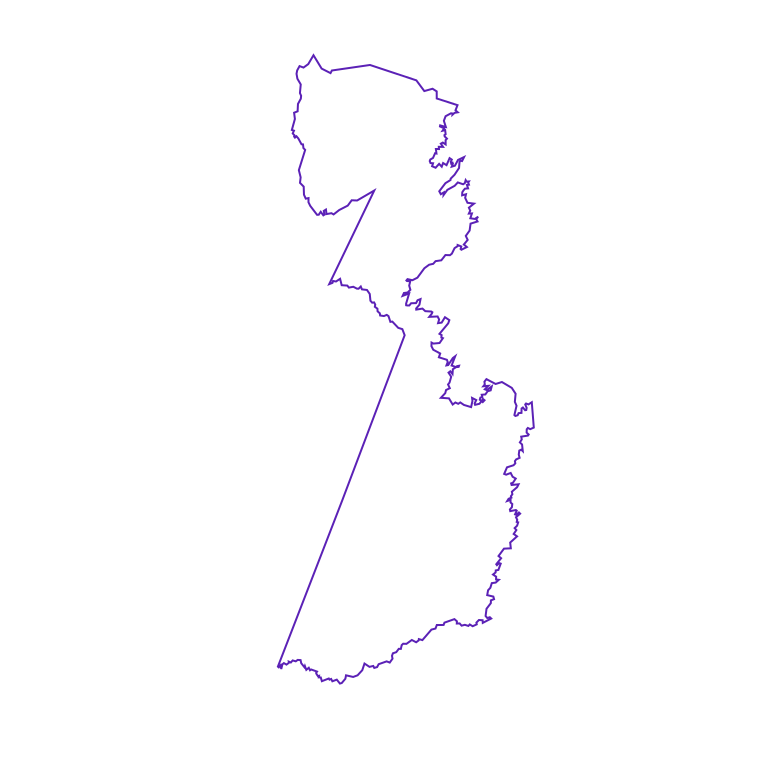 Santo Antônio do Leverger, Mato Grosso, Brazil, rotated 16°
{"feature_id": "56859067B54775252646208", "entity_name": "Santo Antônio do Leverger", "entity_type": "district", "adm_level": 2, "iso_a3": "BRA", "parent_name": "Brazil", "parent_adm1": "Mato Grosso", "projection": "equal_earth", "projection_center": [-55.385, -16.535], "detail": "fine", "context": "isolated", "style": "outline", "palette": "violet", "viewbox_px": 768, "rotation_deg": 16, "n_neighbors": 0, "source": "geoboundaries", "source_scale": "gbopen_adm2", "svg_char_len": 6155}
<svg xmlns="http://www.w3.org/2000/svg" viewBox="0 0 768 768"><g transform="rotate(16 384 384)"><path d="M361.0,685.4L362.1,682.9L363.8,686.3L363.6,681.5L364.7,679.9L367.6,680.6L369.5,678.1L369.0,677.1L371.2,677.4L372.4,674.9L375.6,674.9L377.1,673.0L379.9,672.4L381.4,675.2L385.6,678.2L385.7,676.9L388.1,680.2L389.9,677.5L391.8,679.6L392.7,678.5L398.9,678.9L398.4,680.5L399.1,681.4L401.0,683.0L402.0,682.4L402.2,684.0L404.1,683.5L406.2,686.8L412.1,682.3L413.1,683.2L414.5,682.1L416.3,684.0L420.1,681.2L424.2,684.1L425.8,683.1L428.1,678.0L427.8,674.5L435.1,674.1L438.9,671.3L442.0,665.1L442.3,658.1L448.0,659.9L451.4,658.0L452.9,659.6L455.4,658.0L456.1,654.8L463.0,649.9L466.3,650.2L467.9,645.7L466.6,643.1L466.8,640.4L469.7,638.4L471.2,634.5L473.2,634.0L473.0,630.1L474.0,628.4L477.2,627.6L481.3,622.4L486.1,623.4L488.0,620.9L487.8,619.6L491.5,619.6L497.3,607.0L500.9,604.9L501.2,601.1L507.7,599.2L507.9,596.7L516.5,590.6L519.5,592.0L520.0,594.2L522.7,593.3L525.2,594.9L528.1,593.2L531.8,593.3L532.7,591.5L536.0,592.4L539.4,589.5L538.6,587.9L540.3,584.7L543.9,583.9L544.8,586.4L551.7,579.9L550.0,579.0L547.8,580.5L545.6,579.0L544.5,571.8L547.1,565.2L546.4,562.5L549.1,560.5L547.7,558.2L541.4,558.5L540.9,553.6L542.4,550.6L542.5,545.7L546.1,544.1L548.3,540.6L545.6,541.0L544.9,538.3L541.3,537.1L543.2,534.4L542.8,532.4L545.2,531.2L545.7,524.5L544.1,524.4L542.5,527.0L541.6,526.3L544.6,519.2L541.5,517.8L544.7,509.2L551.2,507.0L549.0,501.6L553.9,493.8L550.0,492.4L551.5,487.9L549.3,486.5L551.0,483.5L551.1,480.0L549.6,480.0L549.5,477.8L547.6,475.7L550.6,471.1L549.1,470.3L547.1,473.3L545.9,473.2L546.5,469.2L545.5,468.8L540.4,471.4L539.6,469.9L540.9,467.2L540.4,464.0L538.3,463.0L537.6,460.5L534.7,462.5L535.4,460.0L537.8,458.1L536.9,456.9L537.8,454.6L536.6,452.3L540.4,446.5L541.0,443.3L534.5,445.9L533.6,444.5L535.2,443.3L536.7,438.6L533.2,437.7L530.3,434.6L526.4,437.5L524.3,437.3L525.2,430.2L530.9,426.4L532.1,424.1L531.1,422.1L531.8,420.1L534.7,417.6L533.0,414.7L532.4,410.7L534.0,409.3L535.9,410.3L533.4,404.1L530.7,402.7L531.7,399.3L530.4,396.8L536.6,393.9L537.0,392.7L534.5,391.4L533.7,388.2L534.4,386.6L537.0,387.1L540.0,384.6L531.1,360.8L528.5,363.8L525.9,363.6L525.4,364.7L527.7,367.6L527.9,369.8L526.9,370.3L524.0,368.3L523.0,369.6L524.1,373.9L521.4,374.9L521.1,377.2L519.1,378.5L517.9,377.9L517.4,368.4L514.7,365.1L513.2,357.1L507.9,352.5L496.8,349.6L491.3,353.2L481.1,351.1L479.9,354.1L481.0,356.6L480.1,358.8L484.8,357.0L482.4,361.3L484.5,361.5L488.2,356.7L488.3,360.7L485.6,362.4L484.3,366.1L480.9,367.4L482.1,369.4L480.4,370.5L480.4,372.7L482.5,373.6L481.2,376.7L477.3,378.9L476.5,377.7L477.1,374.0L472.5,373.1L473.7,375.9L474.1,382.2L466.6,382.1L462.4,380.7L460.8,382.6L457.7,382.1L455.7,384.8L450.4,379.9L442.5,381.6L445.4,375.9L445.3,372.7L448.4,369.9L445.7,366.8L446.6,364.6L446.6,358.5L442.9,355.3L444.2,353.5L447.1,355.5L446.1,350.8L448.7,347.9L443.9,347.6L444.8,337.7L443.0,340.1L440.5,348.1L438.9,348.9L439.2,345.3L437.8,343.4L429.4,343.2L429.6,339.2L421.9,337.5L419.2,334.6L418.3,331.1L420.4,331.5L426.1,329.3L428.0,323.7L426.3,323.5L425.9,321.1L423.5,320.5L429.0,308.0L429.2,304.6L424.2,303.0L422.5,309.1L419.2,310.6L419.2,306.8L416.9,304.3L409.0,307.0L410.6,303.1L410.7,301.7L409.5,301.3L403.6,302.6L400.2,300.9L394.5,303.6L394.1,302.5L396.2,298.0L395.7,292.3L393.2,294.2L392.5,297.4L387.8,298.9L386.7,301.5L384.7,302.1L383.6,302.2L383.1,300.7L383.2,290.0L377.6,294.2L378.1,291.0L381.4,289.6L383.4,286.2L381.1,282.5L380.9,278.0L377.7,278.7L377.0,278.3L377.7,276.7L382.7,276.4L386.8,272.6L390.9,261.6L394.5,256.9L398.2,254.9L399.7,251.7L405.0,249.3L407.5,243.1L411.9,242.0L413.3,240.0L414.4,233.9L416.8,231.2L416.5,230.1L420.4,230.5L420.4,233.1L421.4,233.6L425.9,229.5L422.3,227.9L424.7,222.4L421.8,219.1L424.0,212.9L423.0,206.0L429.1,202.0L427.2,200.1L428.4,197.2L425.8,200.3L421.3,200.9L421.5,195.8L418.6,196.8L419.1,193.6L417.0,191.1L420.8,185.8L414.3,186.8L410.7,182.7L410.5,179.0L407.1,181.1L406.4,178.1L407.1,175.8L408.0,173.9L410.9,172.8L408.9,169.8L410.7,169.0L409.4,167.2L409.8,165.9L407.7,166.7L406.3,165.5L406.3,168.6L405.0,170.2L399.4,169.9L397.3,174.0L391.4,179.9L389.2,185.9L388.7,183.3L386.3,185.9L384.0,183.5L387.7,174.0L391.7,169.6L391.5,168.2L394.1,163.5L396.6,155.7L395.4,149.8L395.9,148.3L397.6,148.2L398.4,143.8L393.4,148.2L392.0,154.6L389.2,156.4L389.5,153.2L388.9,152.4L387.9,153.6L386.9,152.0L387.3,149.6L384.8,148.8L383.8,156.4L379.9,155.3L379.6,159.2L376.3,157.2L374.0,161.9L370.2,161.4L370.3,158.3L367.8,158.8L366.5,157.1L366.6,155.5L368.8,153.2L369.5,148.1L370.9,148.0L369.1,143.8L372.1,143.0L371.3,140.9L375.4,139.8L372.4,137.3L374.0,135.7L377.2,136.7L376.0,132.6L376.9,130.8L374.1,129.3L373.5,128.1L374.4,126.9L372.8,123.1L370.5,124.4L371.4,121.6L366.8,121.0L366.7,119.9L372.6,119.9L369.0,114.5L369.4,109.6L373.8,105.3L375.4,105.1L375.6,106.3L377.1,103.9L380.0,102.5L377.3,101.2L377.8,95.7L356.0,95.0L354.0,88.2L349.3,86.8L342.0,91.3L331.4,83.2L282.6,81.2L247.5,97.0L246.9,99.9L237.1,98.0L225.6,87.4L223.0,97.4L219.4,102.0L215.2,101.7L214.1,106.5L214.4,109.9L216.6,114.4L221.4,119.0L223.0,127.5L224.9,129.8L225.4,132.7L224.1,138.5L225.8,145.7L222.8,148.0L225.3,153.8L225.4,165.2L227.6,165.3L227.2,168.3L229.5,169.7L229.4,170.9L230.5,171.7L231.6,170.0L234.0,171.6L238.6,176.3L240.1,176.0L241.5,179.4L243.7,180.7L243.2,201.9L246.9,208.3L247.8,213.8L252.4,216.4L254.9,224.1L257.7,227.4L260.2,226.1L261.3,230.1L264.0,233.1L273.0,239.8L274.6,239.3L275.7,235.9L279.2,238.6L280.1,237.6L278.4,234.2L280.1,232.3L281.9,236.5L286.4,234.3L288.8,234.9L293.0,229.1L300.0,222.5L302.3,216.3L307.6,215.0L321.3,200.7L303.8,303.1L306.6,301.0L306.7,299.0L309.6,298.7L312.8,295.0L316.1,300.7L321.6,299.5L323.7,301.0L327.7,299.0L331.7,299.8L333.3,299.4L334.8,296.7L336.7,299.1L341.7,298.3L345.5,301.4L348.0,307.7L350.2,309.1L352.0,308.3L353.7,310.1L353.9,312.3L356.9,313.4L357.8,315.9L360.5,317.2L361.4,319.2L365.2,318.7L367.6,316.8L369.6,317.5L373.0,322.5L374.8,321.7L382.2,326.1L386.5,326.2L390.4,331.4L375.9,507.9L359.9,684.9L361.0,685.4ZM482.5,373.6L483.2,371.1L485.1,371.9L483.9,374.2L482.5,373.6ZM448.7,347.9L451.0,347.0L451.1,345.8L449.3,346.7L448.7,347.9Z" fill="none" stroke="#5b21b6" stroke-width="2"/></g></svg>